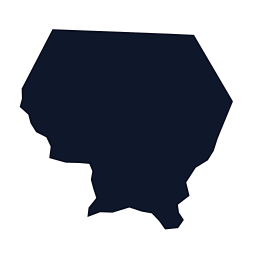 Riachão do Bacamarte, Paraíba, Brazil, rotated 86°
{"feature_id": "56859067B52420938057860", "entity_name": "Riachão do Bacamarte", "entity_type": "district", "adm_level": 2, "iso_a3": "BRA", "parent_name": "Brazil", "parent_adm1": "Paraíba", "projection": "equal_earth", "projection_center": [-35.653, -7.24], "detail": "fine", "context": "isolated", "style": "filled", "palette": "ink", "viewbox_px": 256, "rotation_deg": 86, "n_neighbors": 0, "source": "geoboundaries", "source_scale": "gbopen_adm2", "svg_char_len": 649}
<svg xmlns="http://www.w3.org/2000/svg" viewBox="0 0 256 256"><g transform="rotate(86 128 128)"><path d="M108.8,22.3L47.9,52.5L40.4,56.2L39.1,67.4L37.7,79.2L25.0,196.0L81.6,230.6L91.4,231.0L99.2,233.7L107.4,225.8L116.2,224.2L125.2,219.4L131.1,209.5L141.1,205.6L152.0,207.8L157.5,192.3L158.8,178.6L160.4,168.5L168.6,165.8L177.0,167.9L185.7,166.2L195.8,163.7L205.0,172.2L212.9,173.7L209.3,161.7L210.6,149.4L206.6,132.2L211.6,120.0L214.1,109.9L222.3,103.0L231.0,97.7L230.6,85.4L223.5,79.6L216.1,83.8L207.6,84.4L199.5,72.2L186.1,74.5L171.8,63.7L165.2,51.1L156.4,44.7L144.3,39.9L108.8,22.3Z" fill="#0f172a" stroke="#020617" stroke-width="1.5"/></g></svg>